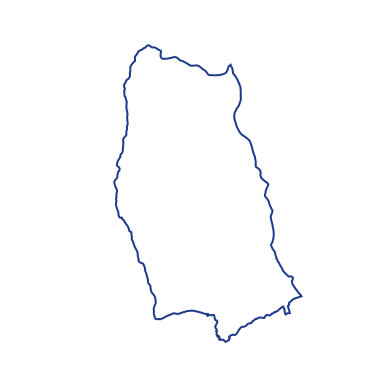 San José De Miranda, Santander, Colombia, rotated 163°
{"feature_id": "7082276B56254263811403", "entity_name": "San José De Miranda", "entity_type": "district", "adm_level": 2, "iso_a3": "COL", "parent_name": "Colombia", "parent_adm1": "Santander", "projection": "albers", "projection_center": [-72.731, 6.627], "detail": "fine", "context": "isolated", "style": "outline", "palette": "blue", "viewbox_px": 384, "rotation_deg": 163, "n_neighbors": 0, "source": "geoboundaries", "source_scale": "gbopen_adm2", "svg_char_len": 5926}
<svg xmlns="http://www.w3.org/2000/svg" viewBox="0 0 384 384"><g transform="rotate(163 192 192)"><path d="M180.4,335.9L182.4,337.9L184.2,340.1L185.2,341.0L188.1,342.1L189.6,344.3L190.9,345.1L191.5,345.1L192.5,345.0L194.7,343.6L195.6,343.7L196.3,343.6L197.8,342.9L200.9,342.5L201.5,342.3L202.7,341.6L204.6,339.7L205.6,339.2L206.9,338.0L208.0,334.6L208.4,333.9L209.1,333.4L209.8,333.2L211.3,332.4L212.6,331.4L214.3,329.8L214.8,328.7L215.6,325.7L216.1,324.8L216.7,324.0L216.8,322.8L217.6,320.8L219.3,319.1L219.8,318.8L222.2,318.0L223.6,316.1L225.4,314.6L225.8,314.0L226.1,313.0L226.0,310.4L226.4,309.5L227.5,308.3L227.6,307.1L228.3,304.3L228.4,303.3L227.9,302.2L227.9,301.4L228.1,298.2L228.0,297.4L229.0,295.1L229.4,294.0L229.5,293.1L230.3,291.2L230.4,288.2L230.8,285.9L231.3,284.3L232.1,282.6L232.9,279.3L233.2,277.3L233.6,276.1L233.9,275.3L234.7,274.3L235.1,273.6L235.5,272.3L235.8,271.2L236.3,270.1L237.2,268.8L238.0,266.0L238.5,265.3L241.4,263.6L241.9,263.2L242.4,262.3L242.8,261.5L243.4,258.5L244.1,257.1L244.6,255.4L246.6,250.8L247.3,249.9L249.2,248.8L249.8,248.1L250.3,246.5L253.7,243.5L255.6,240.8L256.0,239.7L255.9,238.9L254.8,237.3L254.5,236.6L254.3,235.8L254.4,235.2L255.0,233.9L256.6,232.8L257.2,232.0L258.3,230.1L259.1,227.9L259.5,227.4L262.1,225.8L263.3,224.6L263.6,223.6L263.7,221.8L263.7,220.1L263.3,216.9L263.3,215.4L263.6,214.2L264.8,212.3L265.6,209.9L265.9,208.7L266.5,208.0L266.7,207.6L266.8,206.3L267.1,205.0L268.1,203.2L268.5,201.5L268.6,197.5L268.4,196.3L268.4,194.4L268.5,193.6L268.8,192.3L269.0,191.2L269.0,189.9L268.9,189.3L268.2,188.4L267.8,188.2L267.0,188.2L266.7,188.1L266.5,187.8L266.4,186.4L265.6,184.9L265.1,183.6L265.0,182.7L264.7,181.8L264.6,181.1L263.6,178.5L263.2,176.1L263.3,173.1L261.8,171.2L261.8,170.5L262.4,169.5L262.5,167.1L262.7,166.2L263.4,165.0L263.4,164.7L263.4,164.1L262.9,161.2L262.9,158.6L262.8,156.2L262.3,154.2L261.8,150.6L261.9,148.6L262.3,147.9L262.6,146.1L262.6,143.7L262.8,143.0L263.1,142.7L263.2,141.9L263.0,141.0L262.4,140.0L262.0,139.5L260.1,138.1L259.7,137.6L259.5,136.7L259.3,134.9L259.3,133.2L259.7,131.3L259.8,129.7L259.5,126.7L259.8,124.5L259.7,123.7L259.8,120.9L259.8,120.5L260.4,118.9L260.5,118.3L260.3,117.2L259.5,115.6L259.3,114.9L259.3,114.0L259.7,112.4L260.0,109.9L260.0,108.8L259.7,107.1L258.8,105.3L258.4,103.7L258.2,103.2L258.2,101.6L258.5,98.8L259.0,96.9L259.5,95.9L261.0,94.3L262.4,92.2L262.8,91.4L263.4,88.6L263.8,87.8L264.0,86.7L264.2,84.1L264.2,82.7L264.0,81.4L262.0,80.3L260.2,80.1L259.9,79.7L259.1,79.5L258.0,79.7L256.9,79.8L251.7,80.8L248.4,81.0L246.8,81.4L245.1,81.2L243.8,80.9L241.1,79.4L235.4,79.6L233.1,79.4L232.4,79.7L229.5,79.1L228.0,78.9L224.8,77.8L223.4,76.9L220.8,75.4L219.2,74.4L218.4,74.0L216.4,72.4L215.0,71.6L212.3,70.6L212.4,70.2L213.4,69.9L213.7,69.5L213.6,69.1L212.4,69.0L211.8,69.3L210.9,69.2L210.1,68.7L208.1,68.2L207.1,68.2L207.0,67.9L206.9,67.2L207.2,64.8L207.2,63.4L207.0,62.6L205.9,61.8L205.6,61.2L205.8,60.4L206.0,59.9L208.9,56.8L209.3,56.2L209.3,55.4L208.7,53.8L208.7,52.9L208.9,51.9L209.6,52.0L209.7,51.9L209.3,51.1L209.4,50.5L210.2,48.7L209.9,48.1L210.0,47.8L209.8,47.4L210.0,46.9L209.9,46.7L209.6,46.7L209.1,47.0L208.8,46.9L208.6,46.6L208.7,46.3L209.2,46.0L209.3,45.7L208.5,45.6L208.2,44.6L208.3,44.2L209.2,43.2L208.6,42.5L208.0,42.2L207.8,42.1L207.4,42.3L206.9,42.2L205.9,41.6L205.2,41.5L204.0,39.4L203.9,39.0L203.2,38.9L202.2,39.1L201.4,39.1L200.9,39.5L200.1,39.6L199.9,39.8L199.1,40.7L199.4,40.7L199.0,41.5L199.1,42.5L198.7,42.9L197.7,43.2L196.9,43.5L195.8,43.6L194.9,43.6L192.9,42.8L191.6,43.0L190.2,43.8L187.6,46.3L184.8,48.2L183.9,48.4L181.5,48.0L180.7,48.0L179.4,48.3L177.1,49.6L176.5,49.7L173.9,49.3L171.7,50.8L170.3,51.0L169.4,51.6L168.3,52.0L166.9,51.7L165.7,52.3L165.2,52.3L164.7,52.3L161.7,51.4L159.9,50.4L159.6,50.4L158.7,51.4L157.7,52.2L157.3,52.4L156.1,52.5L155.6,52.3L154.4,51.3L153.7,51.2L152.3,51.7L151.1,52.4L150.1,52.2L149.6,52.3L149.0,52.8L148.1,52.8L147.7,53.0L147.2,53.1L146.9,52.9L144.6,53.3L143.2,54.2L140.7,55.1L139.9,55.5L139.3,55.7L138.2,55.7L138.3,54.7L138.0,53.7L137.9,53.0L138.3,51.3L138.5,47.9L138.4,47.6L137.8,47.6L136.8,48.0L136.0,48.1L133.9,47.6L133.7,50.1L133.7,54.9L132.0,55.9L131.7,57.3L131.6,57.6L131.3,57.9L129.7,58.4L126.6,59.9L123.6,60.2L117.8,60.3L118.4,62.3L119.8,64.9L120.6,67.5L121.7,70.4L122.6,73.6L122.8,75.2L122.7,77.3L121.6,78.7L120.8,79.6L120.6,80.4L121.0,81.3L121.6,82.1L123.3,82.8L124.4,83.0L127.0,87.8L127.9,89.6L128.4,93.5L129.1,96.0L129.7,99.2L129.8,99.7L130.1,100.1L130.4,103.4L130.9,103.8L130.4,105.1L130.7,107.7L130.3,109.3L130.6,111.5L131.4,113.6L132.0,117.6L131.6,118.9L130.2,120.0L127.7,123.8L126.1,127.9L125.2,131.7L125.0,135.1L124.6,137.3L124.4,142.7L124.1,144.8L123.4,146.4L121.4,148.8L120.5,150.5L121.5,156.8L121.4,161.3L122.8,165.3L123.3,166.0L123.4,167.0L123.1,168.0L122.1,169.4L121.2,171.4L119.0,174.3L117.8,175.4L117.0,176.5L116.8,177.1L117.1,178.2L117.7,179.2L119.4,181.4L121.2,184.4L121.7,185.5L121.8,187.1L121.4,188.9L120.7,190.5L120.5,191.9L120.8,193.2L121.2,194.4L123.4,197.2L123.5,198.1L122.1,202.8L121.6,207.5L121.9,212.5L121.6,217.0L121.6,220.6L121.9,224.0L122.3,225.0L124.7,228.8L126.9,231.3L127.9,232.7L129.0,235.5L129.8,239.7L130.1,243.0L130.0,249.8L129.2,253.1L128.0,255.2L126.6,256.9L124.0,259.3L122.2,260.7L120.3,263.1L118.4,265.9L117.7,268.0L117.1,270.4L115.9,274.2L115.0,278.3L115.2,281.5L115.7,286.1L116.9,290.9L117.9,292.8L117.9,293.9L117.4,297.5L117.4,299.0L117.9,301.2L117.9,302.3L120.2,301.4L120.8,300.6L121.3,299.6L123.2,297.4L124.6,296.2L125.5,295.8L127.6,295.6L130.4,295.7L132.4,296.0L136.4,297.0L139.2,298.1L140.8,298.5L141.6,299.0L142.2,299.7L143.2,302.7L143.9,304.3L145.4,305.8L146.7,307.7L147.2,308.7L148.4,310.2L149.3,311.1L150.7,311.8L155.5,312.8L157.5,314.2L159.2,316.5L162.5,319.8L164.5,321.1L165.3,321.8L166.2,323.7L167.3,325.0L168.6,325.9L169.4,326.2L175.3,326.6L177.8,327.0L181.0,327.9L181.7,328.6L182.1,329.3L182.4,330.2L182.3,331.2L181.9,332.4L180.4,335.9Z" fill="none" stroke="#1e3a8a" stroke-width="2"/></g></svg>